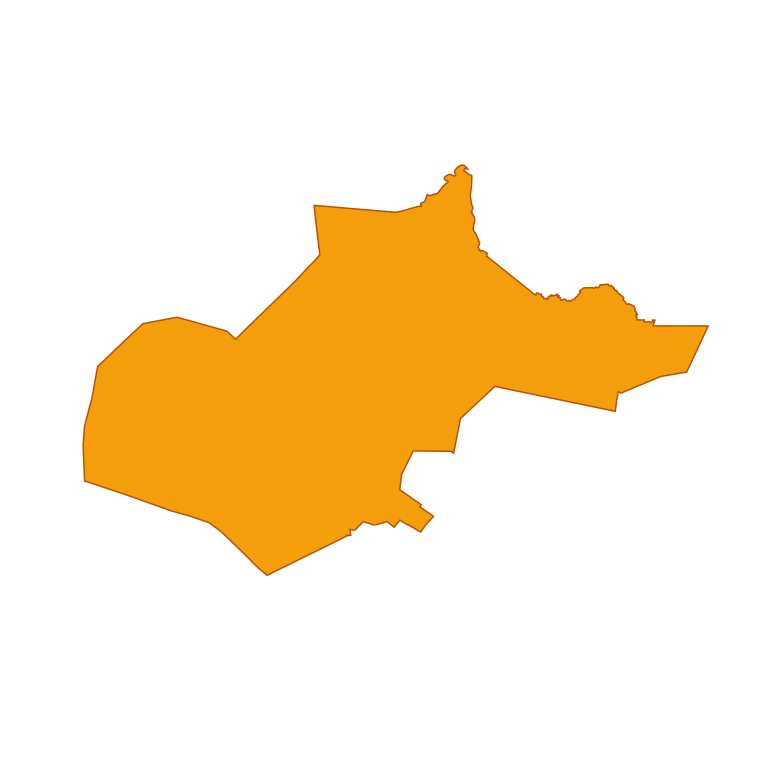 Hellendoorn, Overijssel, Netherlands, rotated 29°
{"feature_id": "6326949B74345201863020", "entity_name": "Hellendoorn", "entity_type": "district", "adm_level": 2, "iso_a3": "NLD", "parent_name": "Netherlands", "parent_adm1": "Overijssel", "projection": "mercator", "projection_center": [6.481, 52.39], "detail": "fine", "context": "isolated", "style": "filled", "palette": "amber", "viewbox_px": 768, "rotation_deg": 29, "n_neighbors": 0, "source": "geoboundaries", "source_scale": "gbopen_adm2", "svg_char_len": 6026}
<svg xmlns="http://www.w3.org/2000/svg" viewBox="0 0 768 768"><g transform="rotate(29 384 384)"><path d="M169.2,614.0L208.6,606.6L241.7,601.0L259.2,598.2L267.4,596.2L278.2,593.7L298.1,590.1L313.4,592.1L348.4,601.5L354.6,603.5L362.8,605.7L366.4,606.5L367.4,606.5L372.0,607.5L374.4,608.1L378.0,603.0L384.6,593.3L387.6,589.2L397.0,575.5L408.4,559.2L425.0,535.2L424.6,534.6L426.3,533.7L427.1,533.3L428.3,532.1L427.2,531.1L426.3,530.0L425.7,529.1L424.7,527.6L427.2,527.0L428.0,526.7L428.8,526.1L429.6,525.2L432.5,514.9L432.9,514.3L443.0,512.4L446.5,509.9L453.2,503.1L453.5,502.9L462.3,504.4L463.9,495.3L467.5,495.6L473.1,495.7L473.1,495.4L487.8,495.7L488.9,487.0L491.5,475.7L475.0,474.1L475.2,471.6L453.9,469.3L449.0,468.8L443.4,454.7L443.2,454.7L442.1,428.3L475.5,410.2L478.5,410.8L467.6,377.2L482.1,332.4L599.5,295.8L594.6,283.2L592.6,277.2L595.6,277.2L622.0,243.7L622.5,243.2L642.9,226.8L641.4,203.6L639.4,176.1L591.0,202.8L590.1,196.8L589.9,196.7L587.9,197.8L588.0,198.1L588.3,198.5L588.8,199.5L581.5,203.6L581.1,202.8L580.6,201.8L574.8,205.0L574.6,204.8L573.9,205.2L573.5,204.7L573.3,204.1L573.0,203.4L572.7,202.9L571.2,202.1L571.1,201.9L571.0,201.5L571.0,201.0L571.1,200.8L571.8,200.8L571.8,200.7L571.9,200.3L571.7,200.0L570.7,199.5L569.9,198.9L569.4,198.6L568.7,198.8L568.1,198.4L567.6,197.6L567.1,196.6L566.6,196.0L565.6,195.2L565.0,194.9L562.2,194.8L561.3,195.4L561.0,195.4L560.4,195.0L559.8,194.9L559.1,195.3L558.5,196.0L558.2,196.3L557.7,196.5L557.2,196.5L554.5,195.0L553.2,194.7L552.8,194.6L552.3,194.1L552.1,194.2L552.1,193.1L552.0,192.4L551.3,192.0L550.5,192.0L549.4,191.6L548.7,191.4L548.3,191.4L547.2,191.2L546.0,191.3L545.4,191.1L544.2,190.9L543.8,190.7L543.7,190.6L543.4,190.0L543.2,189.9L542.7,190.0L541.9,189.7L541.6,189.5L541.3,189.4L541.1,189.4L540.9,189.5L540.6,190.0L540.0,189.8L539.2,188.9L538.3,189.0L538.1,188.4L537.9,188.2L537.7,188.3L537.5,188.5L536.8,188.3L536.5,188.5L536.3,188.5L535.7,188.0L535.1,187.6L534.8,187.8L534.1,188.6L533.7,188.9L533.4,189.0L532.6,188.9L532.1,188.3L531.8,188.2L531.1,188.6L530.2,188.8L529.9,189.0L529.4,189.7L528.6,190.3L528.3,190.8L527.9,190.7L527.0,191.0L526.7,191.4L526.1,191.7L526.0,191.8L525.9,192.5L525.0,192.4L524.8,193.0L525.0,193.9L525.0,194.5L524.9,195.0L525.0,195.5L524.6,195.7L524.2,196.0L523.6,196.4L522.7,196.6L522.3,196.5L521.8,196.7L521.7,196.8L521.7,197.5L521.6,198.0L520.9,198.6L520.5,198.5L519.9,198.6L519.3,198.9L518.6,199.3L514.0,201.9L511.6,203.7L511.3,204.9L510.9,205.7L510.1,207.1L509.9,207.7L509.9,207.8L510.1,208.0L511.5,208.6L511.2,209.1L510.7,210.8L510.7,211.1L510.5,211.9L510.5,212.3L510.6,213.0L510.0,214.2L509.7,215.8L509.4,216.6L509.4,217.4L508.8,218.0L508.1,219.1L506.7,221.0L506.4,221.6L505.7,221.7L505.2,221.4L505.0,221.5L505.1,222.2L504.8,222.3L504.6,222.2L503.5,222.7L503.1,222.7L502.8,222.6L502.6,222.2L501.1,222.2L500.5,222.5L500.0,222.9L498.8,224.4L498.3,224.8L498.0,224.9L497.5,224.5L496.4,223.1L496.2,223.1L495.4,223.3L494.3,224.0L494.1,224.0L494.0,223.2L494.4,222.4L494.4,222.1L493.8,222.2L493.5,222.6L493.2,222.8L492.3,222.8L492.2,222.7L492.1,222.3L492.3,221.7L492.1,221.4L491.7,221.8L491.1,222.8L490.8,223.1L490.7,223.3L490.5,223.9L490.3,224.2L490.0,224.4L489.6,224.4L489.1,224.7L488.9,225.1L488.7,225.2L488.4,224.9L487.9,224.7L487.5,224.7L487.2,224.8L486.9,225.2L486.9,225.4L487.2,226.0L487.3,226.2L487.2,226.4L487.1,226.7L486.0,227.0L485.7,227.1L485.6,227.3L485.7,227.6L485.8,227.7L485.5,229.6L485.8,230.3L485.8,230.6L485.7,230.7L485.6,230.8L484.3,230.7L484.0,230.8L483.1,231.6L482.6,231.9L482.1,231.6L481.5,230.6L481.4,230.6L481.0,230.8L480.5,230.8L480.0,231.0L479.3,230.5L478.7,230.3L478.6,230.2L478.4,229.2L477.9,229.1L477.0,230.0L474.7,229.8L474.1,230.0L473.2,230.7L473.2,230.8L473.2,231.4L473.7,231.9L473.8,232.0L473.6,232.5L473.1,232.7L472.2,232.7L413.2,222.6L411.8,222.6L411.2,220.0L411.0,219.8L410.2,219.6L407.9,219.5L406.3,219.6L404.2,220.0L404.2,221.1L403.1,220.9L402.6,220.5L401.9,220.1L401.0,219.5L400.5,219.0L400.1,218.5L399.9,218.0L399.7,217.0L399.7,215.3L399.5,214.7L399.2,214.2L394.4,210.3L391.3,208.0L390.0,207.3L389.2,207.1L388.5,206.7L387.3,206.0L387.1,205.8L385.2,201.2L384.7,198.7L384.3,197.6L383.9,196.6L382.3,194.4L380.6,193.3L379.8,193.1L378.1,191.8L377.7,191.8L377.4,191.6L377.2,191.3L377.7,191.3L377.2,190.8L376.8,189.3L376.7,188.1L376.3,187.2L376.0,186.6L374.9,185.5L374.5,185.1L373.7,184.6L371.1,181.4L368.7,178.1L367.6,176.0L366.7,173.7L366.0,172.2L365.7,171.3L365.3,170.3L364.9,169.2L364.5,168.4L364.1,167.4L359.9,159.4L359.7,159.2L359.3,159.2L354.4,159.5L352.8,159.0L351.6,158.8L350.2,158.5L350.4,157.4L350.4,156.8L350.5,156.5L350.5,156.0L350.6,155.8L351.2,155.7L351.6,155.8L351.9,155.5L352.7,155.7L353.2,155.4L351.6,154.7L349.7,154.5L349.1,154.0L348.0,154.0L347.1,154.3L346.0,154.9L345.1,155.7L344.5,156.5L343.5,158.4L343.1,159.4L342.9,160.2L342.7,161.4L342.5,162.2L342.5,163.4L342.6,164.0L342.7,164.3L343.5,165.2L345.5,166.4L345.5,167.0L345.2,167.5L344.2,168.2L343.3,168.3L341.4,168.4L340.6,168.5L340.2,168.7L339.3,169.3L339.0,169.7L338.4,170.3L338.2,170.7L337.7,171.3L336.9,173.6L336.9,174.2L337.0,174.7L337.2,175.1L337.7,175.5L339.1,176.0L339.1,175.9L341.5,175.8L341.9,175.9L342.0,176.1L342.1,176.4L342.0,176.8L341.9,177.2L340.7,179.6L340.2,180.9L339.5,183.4L339.4,184.3L339.4,185.0L338.4,191.3L337.8,192.1L334.8,194.6L334.3,195.4L332.8,197.2L332.4,197.5L330.6,197.1L330.4,197.1L330.1,197.3L330.0,197.5L330.0,198.4L330.5,200.2L330.5,200.8L330.8,202.0L331.0,203.1L331.1,204.1L331.0,204.6L330.8,205.1L328.8,208.0L328.7,208.2L328.7,208.4L328.9,208.9L329.2,209.4L330.0,210.0L330.5,210.5L330.2,210.9L329.1,211.4L328.4,211.7L328.1,212.0L327.9,212.0L322.5,217.3L321.8,217.9L319.0,221.0L317.7,222.1L314.9,224.8L314.0,225.5L313.7,225.9L311.5,227.9L236.3,261.7L236.7,262.4L253.2,285.5L265.3,302.1L262.6,313.3L260.6,320.4L259.9,323.4L257.8,332.1L256.8,335.7L252.8,349.4L248.4,363.9L241.9,385.1L235.8,405.4L232.5,416.8L220.9,414.0L171.0,425.8L165.5,430.1L143.9,448.1L136.1,472.1L125.1,507.7L135.1,537.0L142.5,566.1L150.4,583.2L169.2,614.0Z" fill="#f59e0b" stroke="#b45309" stroke-width="1.5"/></g></svg>